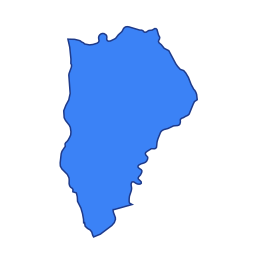 SVG path tracing the border of Ardèche, rotated 168°
{"feature_id": "FRA-5267", "entity_name": "Ardèche", "entity_type": "Metropolitan department", "adm_level": 1, "iso_a3": "FRA", "parent_name": "France", "parent_adm1": "", "projection": "natural_earth1", "projection_center": [4.405, 44.824], "detail": "fine", "context": "isolated", "style": "filled", "palette": "blue", "viewbox_px": 256, "rotation_deg": 168, "n_neighbors": 0, "source": "natural_earth", "source_scale": "10m", "svg_char_len": 2662}
<svg xmlns="http://www.w3.org/2000/svg" viewBox="0 0 256 256"><g transform="rotate(168 128 128)"><path d="M190.3,41.3L190.2,44.5L191.1,44.5L190.5,47.9L190.3,53.7L190.7,59.4L192.6,66.7L191.9,71.3L192.0,75.2L195.2,77.1L194.6,79.4L195.3,80.8L196.4,81.9L197.1,83.6L197.2,85.7L196.3,89.5L196.1,91.6L197.0,95.2L201.2,101.7L202.1,104.8L201.6,108.0L198.7,116.7L197.7,118.5L197.2,119.2L194.0,122.3L193.2,122.9L192.9,125.5L192.0,126.6L190.7,127.3L189.2,128.5L187.1,130.9L185.5,133.1L184.6,136.1L184.3,140.6L184.9,143.0L187.5,148.3L188.3,151.3L187.3,158.2L184.0,163.2L180.1,167.8L177.4,173.8L174.9,192.0L174.3,193.6L171.0,198.8L170.3,200.4L170.1,201.8L170.5,202.9L169.5,207.2L168.2,219.1L168.3,227.4L161.7,225.8L157.8,223.9L156.9,223.4L156.4,223.0L155.7,222.0L155.2,221.6L154.1,220.8L153.7,220.4L153.4,219.8L152.7,219.1L148.4,217.3L144.8,217.0L140.4,217.4L138.9,218.2L138.2,219.3L138.1,221.6L137.9,222.8L137.4,223.8L136.5,224.8L135.1,225.6L133.5,225.8L131.9,225.4L130.2,223.8L129.7,222.5L129.8,221.2L130.2,220.0L130.4,218.8L130.0,217.7L128.9,216.9L127.0,216.8L122.5,217.9L121.3,218.4L118.0,221.2L114.3,223.3L113.3,224.2L111.6,226.3L110.5,227.0L109.3,227.4L107.7,227.3L106.0,226.7L96.1,221.3L94.4,220.9L93.2,220.1L92.5,218.8L91.8,218.2L90.2,218.0L87.7,219.0L86.4,219.0L85.1,218.8L83.8,218.8L81.2,219.7L80.0,219.4L79.2,218.3L78.8,212.5L78.1,210.2L78.7,208.5L79.6,207.5L80.2,206.5L80.0,205.0L78.1,202.5L76.0,198.4L72.0,195.1L67.9,180.8L66.7,178.0L64.7,174.5L61.6,172.6L60.1,169.9L58.4,164.9L57.2,157.4L55.6,152.0L55.2,151.5L54.8,150.8L54.2,148.8L53.9,146.6L54.4,141.3L57.6,140.0L58.1,139.2L59.0,138.2L65.3,128.9L66.6,128.1L67.9,127.7L69.1,127.5L71.7,126.6L72.8,126.5L73.6,126.3L74.9,125.6L75.3,124.5L75.5,123.0L76.4,121.1L77.5,120.3L78.8,120.1L83.0,120.6L89.0,119.2L93.2,119.0L95.2,118.4L96.5,117.6L97.5,116.4L100.9,111.3L102.3,108.7L102.8,107.4L103.6,104.8L104.2,103.1L105.3,102.3L106.5,102.2L109.5,102.9L113.9,101.3L115.9,100.3L116.4,99.2L116.2,97.9L115.1,95.9L114.9,95.6L114.8,95.4L114.9,94.7L115.3,93.5L116.7,91.7L118.0,90.9L119.5,90.5L122.8,90.2L125.1,89.5L126.2,88.6L126.3,87.5L125.6,86.4L123.7,84.4L123.3,83.1L123.9,81.6L125.6,79.5L127.5,78.2L128.5,77.0L128.5,76.0L126.9,73.7L126.3,72.6L126.5,71.2L127.4,70.7L128.5,70.7L129.8,71.0L130.9,71.6L131.9,72.4L132.9,73.4L133.7,74.2L135.2,74.4L136.0,73.6L136.6,72.6L136.8,71.4L136.9,69.1L137.1,67.9L137.5,66.8L138.0,65.7L140.7,61.1L141.5,58.8L141.8,57.6L142.2,55.6L142.1,54.2L139.9,52.3L158.7,51.1L159.4,51.3L159.7,50.7L159.8,48.5L159.0,43.1L159.3,41.2L161.1,38.3L164.1,36.0L177.1,29.9L184.3,28.6L184.8,30.3L185.1,33.8L186.2,36.1L188.5,38.2L190.3,40.8L190.3,41.3Z" fill="#3b82f6" stroke="#1e3a8a" stroke-width="1.5"/></g></svg>